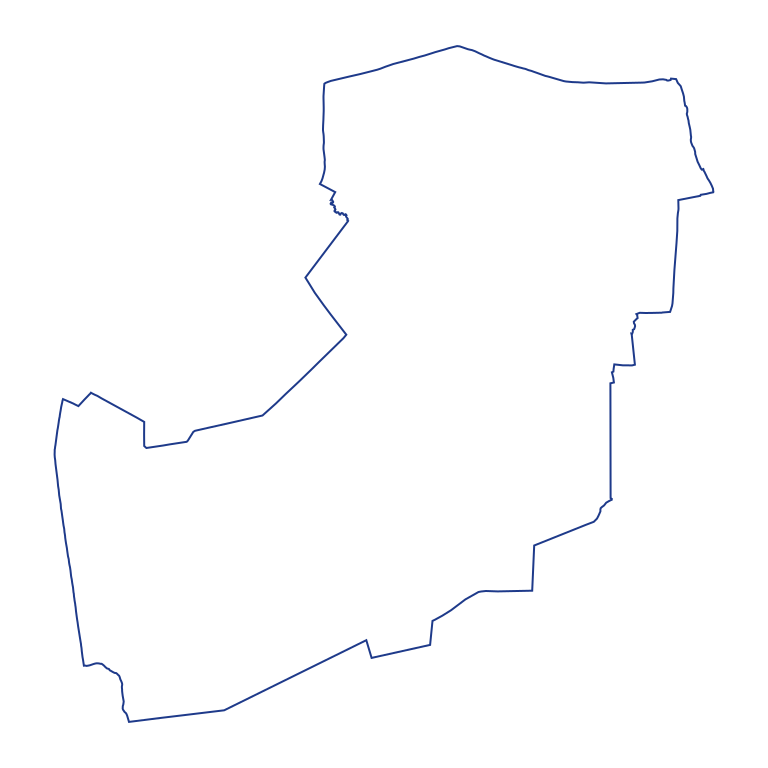 Certesti, Vaslui, Romania (orthographic projection)
{"feature_id": "2599482B13375142181874", "entity_name": "Certesti", "entity_type": "district", "adm_level": 2, "iso_a3": "ROU", "parent_name": "Romania", "parent_adm1": "Vaslui", "projection": "orthographic", "projection_center": [27.606, 46.012], "detail": "fine", "context": "isolated", "style": "outline", "palette": "blue", "viewbox_px": 768, "rotation_deg": 0, "n_neighbors": 0, "source": "geoboundaries", "source_scale": "gbopen_adm2", "svg_char_len": 5885}
<svg xmlns="http://www.w3.org/2000/svg" viewBox="0 0 768 768"><path d="M90.9,392.7L90.1,393.8L89.3,394.5L87.6,396.3L84.4,399.6L78.4,406.1L74.9,404.4L73.2,403.5L63.0,399.1L62.5,400.7L62.2,402.4L61.2,406.9L60.8,409.4L60.6,410.7L60.3,412.3L59.9,414.8L59.6,417.2L59.4,417.8L58.9,420.7L58.7,422.3L58.1,426.3L57.8,428.2L57.4,430.2L55.4,445.4L55.2,446.3L54.9,448.9L54.7,449.6L54.7,451.5L54.6,454.6L54.8,457.5L55.2,460.2L55.3,461.5L55.5,464.0L56.2,469.5L57.5,479.6L58.1,486.1L58.7,489.7L59.2,495.3L60.7,504.0L61.0,508.6L61.5,510.8L61.8,512.9L62.2,515.9L62.8,520.0L63.1,522.4L63.5,525.3L64.2,528.9L64.5,532.3L64.8,534.0L65.1,536.2L65.2,537.7L65.7,541.2L66.0,543.2L66.9,548.2L67.2,550.7L68.0,556.3L68.7,559.1L69.1,562.8L69.5,565.0L70.0,567.2L70.5,570.6L71.1,576.1L71.4,577.8L71.7,579.1L72.2,582.8L72.6,585.2L73.0,587.3L73.5,592.3L73.8,593.7L74.0,596.4L74.4,598.9L74.5,600.0L74.8,601.8L75.2,604.1L75.3,605.3L75.5,606.4L75.7,608.0L76.0,611.2L76.8,617.2L77.2,620.0L77.6,622.4L78.1,626.2L78.7,629.9L80.0,638.1L80.4,640.6L81.0,644.1L81.1,645.6L81.5,648.0L81.8,651.3L82.5,656.9L83.1,660.3L83.9,665.7L85.3,665.6L86.4,665.9L87.9,665.7L89.8,665.3L93.3,664.1L94.3,663.8L95.0,663.6L96.5,663.3L98.8,663.4L100.5,663.8L101.6,663.8L102.5,664.4L104.1,665.7L105.1,666.8L106.9,668.4L108.9,669.0L109.8,670.3L110.6,670.7L113.0,672.1L114.6,672.9L116.2,673.1L117.2,673.9L118.1,674.9L119.1,675.7L119.7,677.1L120.4,679.5L121.2,681.1L121.8,682.6L122.1,683.6L122.2,684.7L121.9,686.4L121.9,687.8L122.1,689.4L122.1,690.9L122.3,692.8L122.7,695.9L123.7,701.4L123.6,702.3L123.3,704.5L122.8,706.1L122.7,708.6L123.0,709.6L124.6,712.0L125.7,712.9L126.3,713.7L127.1,715.5L129.0,721.9L161.7,717.8L180.2,715.6L224.2,710.3L366.3,640.2L371.6,657.9L430.1,644.9L432.5,620.9L435.0,619.7L442.3,615.7L451.1,610.2L465.4,599.4L478.5,592.0L481.1,591.5L485.9,591.0L497.6,591.4L532.2,590.7L534.2,545.5L585.7,524.9L593.8,521.8L597.0,518.6L598.5,515.7L600.4,511.4L600.4,509.4L600.7,508.2L601.7,507.2L604.1,505.4L606.2,502.7L609.3,500.9L610.9,500.1L611.7,499.8L611.8,498.9L610.6,498.1L610.4,383.3L613.9,382.5L613.3,377.9L611.9,372.3L613.4,371.6L613.6,369.1L614.3,364.4L622.6,365.3L632.1,365.4L634.9,364.7L631.8,335.2L631.4,333.7L632.1,333.9L632.8,331.9L632.8,329.8L634.1,329.2L634.6,327.9L635.1,326.1L634.9,324.8L634.0,323.2L633.8,321.7L636.5,319.0L637.6,318.1L637.2,315.2L636.4,314.1L639.7,312.8L645.6,313.0L653.0,312.9L661.8,312.7L662.4,312.5L670.1,311.9L672.0,306.1L672.5,303.3L673.3,293.0L673.4,288.4L674.4,270.2L676.5,243.1L677.3,231.0L677.4,218.3L677.9,213.1L678.4,210.1L678.5,208.7L678.3,200.1L700.3,195.8L700.7,194.8L706.4,193.9L710.2,192.9L713.2,192.3L713.4,191.9L713.2,191.0L713.0,188.7L711.8,185.8L710.4,182.9L708.8,180.2L708.2,179.4L707.5,178.3L706.4,175.8L704.8,172.5L704.3,171.5L703.5,170.4L703.5,169.3L703.3,169.0L703.1,169.1L701.8,169.6L700.8,168.4L699.1,164.7L697.6,161.7L696.5,158.1L695.2,154.0L695.2,153.0L695.1,151.7L694.1,148.2L693.1,146.6L692.5,145.9L692.1,144.9L691.2,142.6L690.9,141.3L690.8,139.7L691.0,138.4L691.1,137.6L691.1,136.6L690.9,135.7L690.3,129.8L689.7,126.9L688.8,123.1L688.5,120.5L688.0,118.7L687.6,116.8L687.0,115.0L686.8,113.8L687.2,112.3L687.3,111.6L687.3,109.0L687.0,107.7L686.4,106.6L685.9,106.0L685.5,105.9L685.1,105.7L684.8,103.6L684.6,102.3L684.3,101.0L683.9,96.6L683.1,93.5L681.5,88.7L681.0,87.0L680.6,86.0L677.8,82.9L676.1,79.1L671.0,78.6L670.6,80.0L668.6,80.5L667.1,80.5L666.4,79.9L663.0,79.3L659.3,79.5L652.2,81.3L644.6,82.5L642.6,82.6L605.9,83.4L589.2,82.3L583.5,82.7L578.1,82.3L572.5,82.1L566.0,81.5L563.8,81.1L553.1,78.0L549.4,76.9L547.5,76.4L545.3,75.9L537.0,72.9L534.1,71.9L531.4,70.9L528.4,70.1L526.2,69.2L525.0,68.8L523.1,68.4L521.4,67.9L518.9,67.3L514.1,65.9L512.0,65.2L494.2,59.7L492.6,59.1L488.9,57.6L486.2,56.4L484.2,55.6L481.6,54.3L479.5,53.4L475.2,51.3L472.0,50.1L470.0,49.7L467.9,49.2L459.8,46.4L457.1,46.1L448.7,48.2L445.0,49.4L435.0,52.2L434.1,52.5L433.2,52.8L424.7,55.5L419.4,56.9L413.8,58.6L393.3,64.0L389.0,65.5L385.5,66.7L380.4,68.7L377.3,69.7L371.1,71.3L360.0,74.1L349.0,76.6L330.9,80.9L327.8,82.0L325.6,82.9L324.4,83.7L324.2,85.3L324.0,88.1L323.9,89.9L323.5,96.2L323.5,98.3L323.6,102.3L323.7,107.7L323.7,111.1L323.5,116.5L323.4,119.8L323.1,125.5L323.0,129.1L323.0,130.2L323.2,132.0L323.5,134.0L323.7,136.1L323.8,138.6L323.9,141.5L323.9,143.0L323.6,145.2L323.5,147.1L323.5,149.1L324.5,156.8L324.8,159.5L324.8,160.3L324.6,161.9L324.7,164.0L324.9,166.7L324.8,168.0L324.7,169.5L324.0,173.0L323.7,174.0L322.5,178.4L321.4,181.3L319.9,184.0L328.8,188.7L335.2,192.1L331.0,199.8L331.7,199.7L331.9,199.7L333.1,201.7L333.2,201.9L333.1,202.3L332.9,202.5L332.5,202.3L332.4,202.6L332.3,202.9L332.1,203.0L331.9,203.0L331.4,202.5L331.2,202.5L331.1,203.0L330.9,203.3L330.6,203.8L330.8,204.2L330.9,204.3L331.1,204.4L331.9,204.6L332.8,204.8L333.3,205.2L333.7,205.3L334.2,205.6L334.7,206.2L334.9,206.7L334.7,207.0L334.3,207.3L334.2,207.5L335.1,208.5L335.2,209.0L335.4,209.4L334.7,210.2L334.5,210.8L334.5,211.2L334.6,211.4L335.0,211.7L335.1,211.4L335.3,211.3L335.6,211.9L336.4,212.7L336.6,212.8L336.9,212.8L337.0,212.7L337.2,212.4L337.3,212.3L338.1,212.2L338.5,212.5L339.2,213.9L339.5,214.5L339.8,214.6L340.2,214.7L340.4,214.6L340.6,214.0L340.9,213.5L341.6,213.1L341.8,213.0L342.8,213.4L343.2,214.2L343.5,214.6L343.8,214.9L344.2,215.0L344.6,214.8L344.9,214.5L345.2,214.3L345.6,214.2L346.0,214.5L346.4,215.1L346.2,215.2L345.9,215.6L346.1,216.6L346.4,217.1L347.3,218.2L347.8,219.0L347.7,219.6L347.3,219.8L347.3,220.2L347.6,220.5L348.1,220.9L347.9,221.3L305.4,277.6L309.2,283.7L314.8,292.8L323.8,305.3L330.7,314.5L346.3,334.7L343.6,338.0L319.4,361.6L310.7,370.2L298.7,381.8L285.8,393.9L275.9,403.5L268.2,410.4L262.5,415.5L231.0,422.7L207.3,428.0L195.0,430.8L193.3,431.9L187.8,440.7L186.7,441.8L169.6,444.4L163.2,445.5L149.0,447.6L146.4,448.0L144.2,446.0L144.1,434.0L144.2,421.9L136.9,417.7L101.6,398.4L97.4,395.9L94.9,394.8L92.5,393.6L90.9,392.7Z" fill="none" stroke="#1e3a8a" stroke-width="2"/></svg>